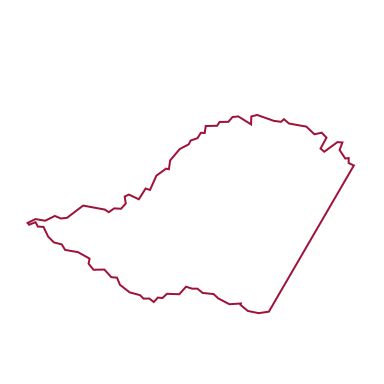 outline of Nacogdoches, Texas, United States of America, rotated 120°
{"feature_id": "52423323B39218063073671", "entity_name": "Nacogdoches", "entity_type": "district", "adm_level": 2, "iso_a3": "USA", "parent_name": "United States of America", "parent_adm1": "Texas", "projection": "mercator", "projection_center": [-94.585, 31.535], "detail": "fine", "context": "isolated", "style": "outline", "palette": "rose", "viewbox_px": 384, "rotation_deg": 120, "n_neighbors": 0, "source": "geoboundaries", "source_scale": "gbopen_adm2", "svg_char_len": 1224}
<svg xmlns="http://www.w3.org/2000/svg" viewBox="0 0 384 384"><g transform="rotate(120 192 192)"><path d="M88.1,65.1L88.6,70.8L84.3,73.3L86.4,76.0L81.8,85.2L73.9,86.5L76.1,91.0L91.0,97.6L90.1,102.4L77.7,102.7L75.8,109.3L80.8,114.9L78.2,125.7L84.2,142.2L83.0,148.8L86.7,150.0L89.5,156.8L92.7,174.1L96.9,178.4L103.9,174.7L103.4,189.7L106.8,194.4L113.1,195.6L117.5,203.1L122.1,203.4L128.0,213.1L134.5,210.5L136.3,213.9L142.7,214.2L148.1,218.9L152.4,218.7L160.9,224.1L175.6,226.7L183.8,223.4L184.7,226.1L195.6,231.0L211.2,229.4L212.2,233.9L224.9,234.4L225.8,245.4L229.6,248.0L235.1,243.6L242.0,245.1L245.1,251.2L251.1,254.0L250.8,258.7L258.2,279.5L276.8,287.3L280.5,292.3L281.3,298.8L290.3,304.8L293.7,314.0L301.0,318.9L301.8,316.7L296.4,312.4L299.0,308.2L296.5,303.2L302.6,294.2L304.7,286.4L302.5,278.6L305.6,272.9L301.1,260.7L300.9,247.4L305.8,245.7L308.6,238.5L303.0,229.1L306.1,219.3L303.7,214.1L308.4,208.0L310.1,195.8L307.3,185.4L308.6,180.7L305.6,175.7L306.4,170.1L300.5,168.8L298.6,164.6L292.7,162.8L286.9,151.9L277.0,149.8L275.7,143.7L273.0,139.0L274.1,132.3L269.6,122.3L271.0,116.0L270.5,103.5L264.1,93.9L265.5,93.6L267.1,84.2L263.6,73.7L257.2,65.6L88.1,65.1Z" fill="none" stroke="#9f1239" stroke-width="2"/></g></svg>